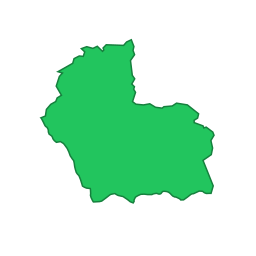 outline of Delchevo, Delčevo, North Macedonia, rotated 159°
{"feature_id": "65306769B90097726978799", "entity_name": "Delchevo", "entity_type": "district", "adm_level": 2, "iso_a3": "MKD", "parent_name": "North Macedonia", "parent_adm1": "Delčevo", "projection": "robinson", "projection_center": [22.782, 41.938], "detail": "fine", "context": "isolated", "style": "filled", "palette": "green", "viewbox_px": 256, "rotation_deg": 159, "n_neighbors": 0, "source": "geoboundaries", "source_scale": "gbopen_adm2", "svg_char_len": 2090}
<svg xmlns="http://www.w3.org/2000/svg" viewBox="0 0 256 256"><g transform="rotate(159 128 128)"><path d="M143.1,218.8L141.1,214.6L144.1,210.9L147.7,212.7L153.5,212.1L156.4,208.2L173.2,205.7L169.5,202.8L173.6,200.7L180.0,192.8L178.4,182.4L183.3,181.5L186.0,178.6L191.6,177.8L197.5,174.6L200.8,168.8L205.7,168.7L205.4,168.0L204.9,163.5L204.7,160.6L204.4,159.1L203.3,157.5L203.3,157.0L203.1,155.4L203.1,154.9L203.8,152.7L203.8,150.4L203.1,149.5L202.5,148.5L201.9,147.4L201.9,144.6L201.7,143.9L201.3,142.6L200.0,140.3L195.9,139.5L194.8,138.0L193.8,136.7L193.6,136.1L193.4,135.6L192.1,130.8L191.8,126.9L191.9,122.8L191.0,118.8L190.4,117.0L190.8,114.5L191.6,111.1L192.0,108.1L192.2,105.1L191.7,103.0L190.9,101.2L190.8,97.1L191.1,92.4L191.3,90.1L190.0,88.4L188.3,86.8L184.9,85.0L185.1,84.0L186.3,80.3L187.2,78.5L187.4,76.2L187.1,72.7L186.8,71.4L185.4,70.9L181.0,69.5L178.7,69.2L174.0,70.5L171.7,71.2L169.2,72.0L167.8,72.2L165.3,71.8L163.9,71.5L163.3,71.1L163.0,70.4L162.5,69.8L161.3,68.5L160.8,68.2L158.9,66.9L157.2,65.8L154.1,61.4L152.3,58.3L150.0,56.2L148.6,57.3L148.2,58.6L145.8,60.8L143.1,61.3L139.8,61.5L136.5,60.4L133.5,58.8L129.6,57.3L128.0,57.4L126.6,57.2L124.8,56.8L124.0,56.2L123.3,55.5L122.2,55.0L121.2,54.9L120.7,55.0L118.5,56.3L117.3,56.1L116.5,55.8L114.5,54.7L113.2,53.6L112.1,51.9L111.2,49.7L110.5,48.3L109.0,46.8L108.6,46.6L108.1,46.5L105.6,43.9L105.1,43.3L104.5,41.9L101.8,41.0L97.6,42.1L93.0,43.5L92.0,43.6L90.3,43.2L85.8,43.5L84.2,43.6L82.3,42.8L81.0,42.1L79.9,40.2L79.1,39.5L78.3,38.8L74.8,37.6L73.9,37.2L69.2,43.4L69.6,70.9L59.8,73.3L56.2,79.0L55.1,86.6L50.3,90.4L50.3,93.8L54.7,100.8L57.2,100.9L57.2,103.1L64.3,109.3L63.5,111.5L59.5,112.3L57.0,115.9L64.3,128.3L73.8,133.8L78.8,132.7L86.8,135.0L89.0,134.3L94.9,137.5L99.0,142.8L105.3,144.0L112.1,147.4L114.3,151.0L108.2,158.6L108.8,162.2L107.2,164.2L108.7,167.7L104.1,171.5L105.1,175.7L101.5,190.1L95.6,194.1L95.5,198.7L93.3,201.9L93.3,209.2L98.5,208.8L102.5,206.7L118.5,213.5L122.6,211.6L122.6,209.5L124.3,208.7L127.4,215.3L132.2,214.9L137.4,218.7L143.1,218.8Z" fill="#22c55e" stroke="#15803d" stroke-width="1.5"/></g></svg>